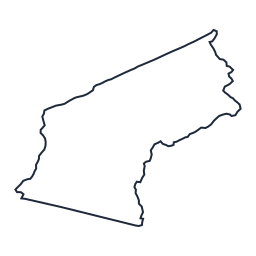 outline of Carmo, Rio de Janeiro, Brazil
{"feature_id": "56859067B48461845604566", "entity_name": "Carmo", "entity_type": "district", "adm_level": 2, "iso_a3": "BRA", "parent_name": "Brazil", "parent_adm1": "Rio de Janeiro", "projection": "orthographic", "projection_center": [-42.551, -21.892], "detail": "fine", "context": "isolated", "style": "outline", "palette": "slate", "viewbox_px": 256, "rotation_deg": 0, "n_neighbors": 0, "source": "geoboundaries", "source_scale": "gbopen_adm2", "svg_char_len": 2007}
<svg xmlns="http://www.w3.org/2000/svg" viewBox="0 0 256 256"><path d="M44.4,110.5L43.9,113.7L42.3,116.6L43.5,121.2L44.7,125.3L42.7,127.7L40.7,129.8L40.6,133.0L43.1,135.4L45.0,138.4L45.7,141.9L45.5,145.7L44.3,149.6L41.3,153.0L39.0,156.0L38.9,159.1L37.6,162.0L36.0,164.9L36.2,168.5L34.5,171.5L33.6,173.9L32.2,176.4L30.3,178.8L27.5,179.2L23.3,180.8L20.8,184.1L18.1,186.8L15.4,189.5L17.0,192.1L20.9,192.2L23.5,194.2L21.4,198.4L25.0,198.8L60.5,206.9L135.1,225.4L138.7,226.0L141.9,225.1L142.3,221.8L143.1,218.8L140.5,218.3L141.3,215.8L143.0,212.2L141.7,206.5L138.9,203.7L138.9,200.5L137.5,196.7L135.6,193.1L135.9,189.7L134.4,187.1L135.3,184.0L136.9,181.7L140.3,182.2L142.2,177.8L144.3,174.6L143.8,170.8L144.7,166.1L143.9,163.5L146.1,161.7L149.7,160.9L150.8,158.1L151.7,154.5L150.8,150.4L152.9,147.2L154.5,144.3L158.0,142.8L160.6,141.3L162.8,143.9L165.9,144.9L168.2,146.2L171.1,145.8L173.5,144.9L173.8,142.3L176.6,141.7L179.6,140.1L182.9,138.6L185.2,137.4L187.7,136.9L189.9,134.0L192.6,133.1L195.0,132.0L197.7,130.2L201.2,127.6L205.5,128.0L208.2,126.6L211.0,124.5L213.8,120.9L216.3,118.5L219.1,116.0L222.5,114.7L226.4,113.7L229.7,114.4L231.6,116.0L235.4,115.2L237.5,111.7L240.6,108.8L239.6,104.5L237.1,102.2L234.9,100.5L233.0,98.3L230.7,97.2L227.8,94.5L225.0,92.5L223.2,90.6L224.8,86.6L229.6,84.1L232.8,81.1L231.4,78.5L229.2,76.6L228.5,73.6L231.4,72.1L233.1,70.0L229.6,66.6L226.7,65.9L226.4,62.4L223.5,59.7L219.7,59.0L217.8,56.8L216.0,54.8L215.3,52.3L213.6,48.7L210.8,44.6L209.6,42.0L212.2,41.4L214.5,38.4L216.8,34.3L216.7,31.3L213.5,30.0L211.2,32.7L193.4,41.9L188.4,44.1L184.8,46.0L181.0,47.7L172.9,51.1L166.5,54.0L162.0,56.1L153.8,59.9L149.0,61.9L143.1,64.4L137.7,66.6L134.7,68.4L132.0,69.5L125.2,72.5L121.6,74.2L117.3,76.2L114.0,77.8L111.1,79.3L108.3,80.0L104.9,81.5L102.0,83.1L99.4,84.2L96.4,85.1L93.9,86.9L92.9,90.3L89.9,92.3L87.4,94.0L83.6,95.6L80.4,96.4L76.7,97.2L73.9,98.3L69.2,100.9L64.5,103.8L61.7,104.6L56.1,105.6L52.2,107.1L47.8,108.8L44.4,110.5Z" fill="none" stroke="#1e293b" stroke-width="2"/></svg>